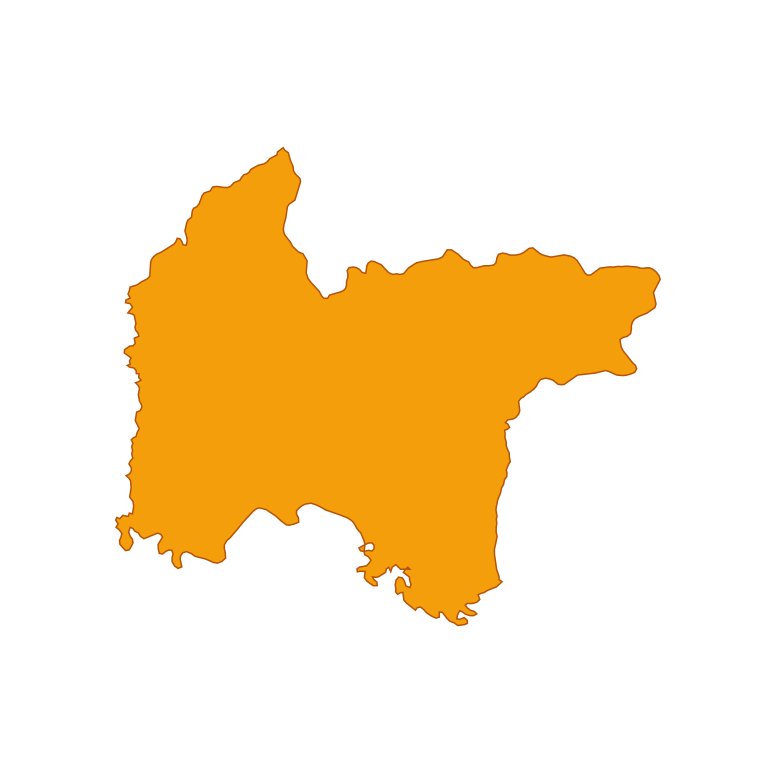 the district of Riachinho, Minas Gerais, Brazil, rotated 168°
{"feature_id": "56859067B25318605217705", "entity_name": "Riachinho", "entity_type": "district", "adm_level": 2, "iso_a3": "BRA", "parent_name": "Brazil", "parent_adm1": "Minas Gerais", "projection": "orthographic", "projection_center": [-45.926, -16.273], "detail": "fine", "context": "isolated", "style": "filled", "palette": "amber", "viewbox_px": 768, "rotation_deg": 168, "n_neighbors": 0, "source": "geoboundaries", "source_scale": "gbopen_adm2", "svg_char_len": 6168}
<svg xmlns="http://www.w3.org/2000/svg" viewBox="0 0 768 768"><g transform="rotate(168 384 384)"><path d="M401.4,198.3L404.3,195.7L399.3,190.0L399.7,186.3L399.2,182.4L401.0,179.5L404.5,181.9L405.0,187.1L406.4,190.5L409.8,192.1L412.9,189.7L414.8,185.2L415.0,181.0L415.8,178.1L414.4,175.5L411.6,176.3L408.9,176.3L409.5,168.5L407.5,165.0L400.3,156.2L398.0,158.3L394.8,158.3L392.3,155.5L390.1,151.6L387.6,148.9L384.8,146.3L381.7,144.2L378.4,144.4L377.3,149.5L374.3,148.4L371.1,141.5L368.8,138.2L364.9,135.7L362.1,132.5L355.5,131.9L352.2,132.5L351.8,135.6L354.2,138.9L358.6,138.0L361.7,139.2L359.8,143.2L357.1,146.5L354.8,144.9L352.2,141.9L348.0,139.5L344.4,138.8L341.0,139.9L343.0,142.8L346.4,144.6L349.1,147.7L350.5,150.9L347.8,152.1L345.2,151.2L342.1,150.9L338.3,151.4L335.1,153.3L335.8,158.3L333.0,159.0L329.5,159.2L325.1,160.7L316.2,162.2L309.6,166.0L312.1,168.8L311.5,171.9L312.4,178.7L311.4,194.1L310.5,199.0L305.1,211.2L305.1,215.7L304.1,220.3L302.6,224.5L302.3,228.2L301.0,231.0L300.7,237.4L299.5,240.9L296.9,246.9L292.6,253.3L290.7,257.9L288.0,260.8L286.0,265.4L283.1,268.0L282.2,271.4L282.4,274.3L279.1,279.3L276.6,281.8L276.6,285.9L275.9,290.8L276.8,294.2L277.2,298.3L276.5,302.3L276.9,306.2L275.8,310.6L275.6,313.8L272.7,314.0L270.2,315.5L271.2,319.0L273.3,321.0L270.5,323.1L264.8,323.0L262.0,323.9L258.6,326.5L256.8,329.6L255.9,339.1L253.3,341.4L250.2,342.3L247.4,344.2L243.0,345.7L238.6,347.8L235.5,350.1L232.8,353.5L230.0,355.9L224.8,356.1L221.3,354.7L217.9,352.6L213.7,347.4L210.7,346.5L207.9,346.1L192.8,352.5L175.3,350.8L164.5,351.1L161.4,349.5L154.7,344.5L149.1,342.7L145.3,342.2L141.4,342.4L136.3,343.3L133.7,346.3L134.2,350.0L136.4,353.0L143.3,367.0L144.3,370.9L144.0,378.5L140.2,379.9L136.3,380.0L132.4,381.9L130.6,386.2L129.9,389.6L127.8,393.4L124.9,395.7L120.9,397.1L112.2,398.6L103.2,402.4L101.3,405.7L101.4,417.5L92.1,428.9L92.5,432.9L94.5,437.1L97.1,440.3L99.9,442.3L103.1,443.1L106.2,443.2L109.6,444.2L112.4,445.9L122.1,448.8L127.2,449.4L130.6,450.4L135.0,450.6L139.3,451.7L148.7,452.4L158.9,447.7L162.2,448.1L164.2,450.4L168.1,461.3L169.5,464.7L171.9,468.0L175.1,470.3L180.8,472.8L194.1,473.4L196.7,474.5L201.9,477.2L204.5,479.3L210.1,486.2L213.9,486.5L219.8,483.7L223.5,482.7L228.2,482.7L234.0,483.9L237.3,486.0L240.6,487.3L244.9,487.1L247.0,484.4L249.4,479.1L252.1,477.6L256.8,477.8L261.2,478.8L268.8,478.5L272.4,479.2L274.6,482.3L275.7,485.7L280.4,489.4L284.5,495.5L290.0,501.1L294.3,502.1L300.4,496.1L304.9,495.1L321.0,495.9L327.1,495.8L335.8,492.5L342.0,487.7L345.9,487.9L348.7,489.2L351.7,489.2L354.6,490.4L357.0,493.0L361.8,501.1L367.9,505.7L371.2,506.9L374.4,505.5L376.2,503.2L378.8,496.1L382.2,497.6L384.0,501.0L386.7,503.5L389.8,504.8L394.0,505.1L396.5,502.5L396.5,498.9L397.2,495.9L399.3,492.1L400.3,488.1L401.7,485.6L404.1,483.8L407.7,483.1L418.9,482.3L421.3,479.5L425.1,480.4L426.8,483.4L428.0,487.8L434.7,499.3L436.4,503.1L437.0,508.9L433.6,520.4L436.1,528.1L440.4,531.1L444.8,537.6L446.1,542.3L449.9,550.0L450.5,553.0L450.2,556.5L448.7,560.8L445.5,567.0L441.6,577.5L439.4,579.6L432.9,582.4L423.6,599.2L423.5,602.4L427.2,608.2L428.2,611.6L427.7,615.3L429.1,622.7L429.5,630.1L432.4,633.2L433.6,636.1L439.9,633.1L441.1,630.3L448.7,628.2L452.5,625.4L455.5,624.3L461.5,624.1L469.7,621.6L471.8,619.3L474.4,618.0L477.3,617.9L480.0,616.0L482.6,613.3L489.0,612.1L492.6,609.5L496.1,608.7L499.5,609.5L506.5,612.0L510.7,612.3L513.8,609.0L520.3,608.2L522.8,605.9L527.3,598.7L530.2,596.3L533.7,595.5L535.5,593.2L537.6,587.2L541.8,585.0L543.9,581.9L546.9,575.1L546.4,567.8L546.9,564.5L548.7,560.7L551.6,562.0L552.1,565.4L553.4,568.5L556.0,569.5L558.1,566.3L560.3,564.5L574.4,559.3L579.1,558.3L582.8,556.5L585.3,554.3L586.9,551.7L590.7,538.1L593.8,536.0L599.9,534.4L605.2,532.2L612.2,531.6L613.5,528.6L615.7,525.2L614.3,520.8L618.9,519.9L619.9,517.2L615.7,515.5L614.0,511.4L619.8,506.8L616.4,505.2L614.0,503.2L614.1,494.5L615.8,491.4L615.7,488.2L614.0,484.9L613.8,481.7L618.8,480.7L618.9,475.5L621.5,473.5L624.7,474.0L630.6,471.5L631.6,468.4L625.9,462.0L628.1,459.6L628.2,456.0L631.3,455.6L629.4,453.4L625.4,451.7L623.7,448.9L624.1,445.7L621.5,444.9L622.6,441.2L620.8,438.4L623.8,437.2L626.8,436.9L624.9,434.0L624.0,430.9L626.5,424.7L626.7,418.0L625.6,414.7L625.6,411.8L628.0,408.6L631.8,408.0L634.9,399.9L632.7,391.3L635.6,387.8L637.5,384.1L640.3,383.5L642.9,381.9L641.9,378.3L643.9,375.1L643.8,371.4L645.3,367.9L645.1,363.7L648.1,361.5L650.1,358.9L648.5,354.5L649.5,351.1L651.7,348.9L655.3,347.9L653.0,344.8L652.0,342.2L652.9,335.1L656.3,326.3L654.0,321.5L654.2,316.7L657.0,309.2L659.9,310.7L661.8,307.6L666.7,309.8L670.5,307.2L673.1,309.0L674.7,306.7L673.2,302.4L675.9,299.5L673.5,296.8L671.5,292.4L673.2,288.7L675.3,285.9L675.6,281.9L671.5,274.8L667.8,274.7L665.1,277.5L662.5,280.8L662.4,284.5L663.9,287.9L664.6,292.3L662.0,296.6L659.6,294.7L658.3,291.8L655.2,289.4L653.9,285.6L651.0,282.6L636.4,285.2L633.7,283.4L632.4,280.3L638.3,274.1L639.1,269.3L639.0,265.0L635.9,263.8L631.9,265.7L629.2,266.3L626.2,265.6L625.6,261.5L627.3,258.6L628.2,254.3L626.6,249.4L623.9,246.5L619.8,247.1L619.8,255.0L618.6,258.3L615.9,260.8L612.1,261.1L607.6,258.1L604.9,254.9L594.7,249.8L587.8,244.8L584.1,243.4L579.6,244.1L575.2,246.6L574.4,251.5L574.4,256.1L573.6,259.9L570.2,263.6L567.1,265.2L559.6,270.8L549.4,279.0L537.7,287.2L534.9,288.4L531.8,288.8L525.4,285.7L517.0,277.0L513.3,271.7L508.9,266.6L506.1,265.6L501.1,265.7L496.1,266.6L495.5,270.9L496.7,275.0L495.9,278.1L493.0,280.2L489.5,282.0L485.8,282.9L480.2,282.6L476.0,280.2L472.2,277.4L467.2,272.9L454.2,265.1L447.3,260.5L445.4,258.5L443.3,256.1L441.7,252.4L440.7,248.5L437.6,242.9L436.1,234.9L436.0,230.8L432.6,231.6L428.9,231.2L427.3,228.5L427.8,225.0L430.5,223.1L433.9,224.6L438.3,224.3L438.4,221.1L435.3,218.4L433.3,214.4L435.6,212.1L438.8,209.8L446.0,210.0L448.9,208.7L449.1,205.8L446.1,205.8L441.4,204.5L443.5,198.6L441.7,194.8L438.7,191.3L436.3,188.9L432.5,188.2L432.2,191.8L434.6,194.9L435.3,197.7L431.6,196.4L428.9,196.8L421.6,199.5L420.1,202.7L417.5,203.7L416.4,199.0L414.0,203.2L409.9,204.7L406.3,199.4L401.4,198.3ZM401.4,198.3L398.8,199.8L397.2,197.4L401.4,198.3ZM436.0,230.8L442.6,228.9L441.7,225.7L438.3,224.3L436.0,230.8Z" fill="#f59e0b" stroke="#b45309" stroke-width="1.5"/></g></svg>